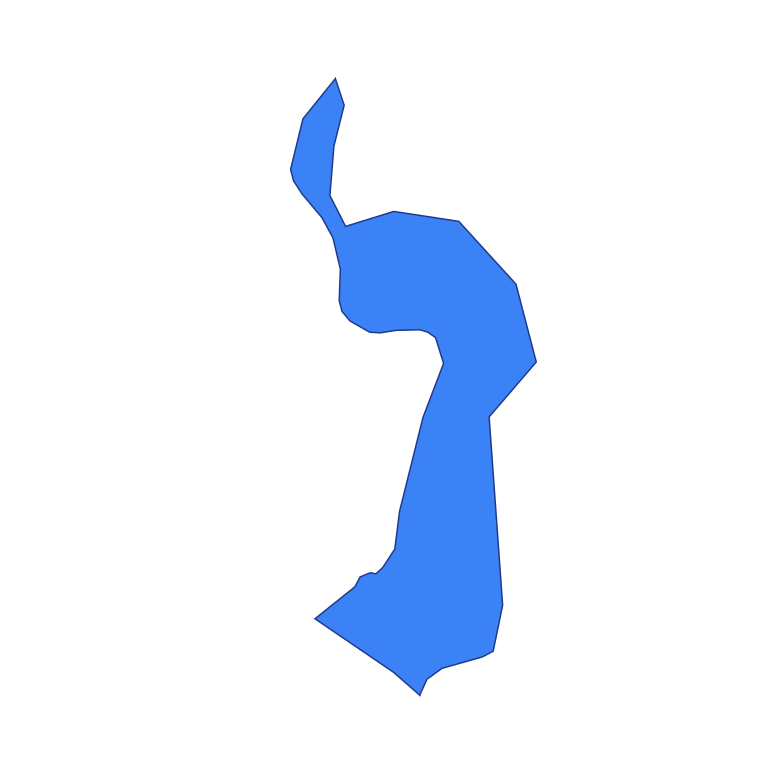 the border of Kostel, rotated 245°
{"feature_id": "SVN-245", "entity_name": "Kostel", "entity_type": "Municipality", "adm_level": 1, "iso_a3": "SVN", "parent_name": "Slovenia", "parent_adm1": "", "projection": "robinson", "projection_center": [14.82, 45.528], "detail": "fine", "context": "isolated", "style": "filled", "palette": "blue", "viewbox_px": 768, "rotation_deg": 245, "n_neighbors": 0, "source": "natural_earth", "source_scale": "10m", "svg_char_len": 754}
<svg xmlns="http://www.w3.org/2000/svg" viewBox="0 0 768 768"><g transform="rotate(245 384 384)"><path d="M681.4,469.0L653.5,465.7L620.7,439.1L577.6,414.6L543.1,415.8L536.3,465.7L499.8,520.5L418.7,545.8L339.6,531.3L309.9,465.7L309.7,465.6L309.5,465.2L309.3,465.2L133.3,398.0L95.7,370.0L95.1,357.9L101.8,316.4L98.3,298.2L87.3,285.4L86.6,285.0L118.7,270.8L200.4,222.2L212.5,271.9L219.3,281.0L218.7,291.9L215.4,296.4L218.1,305.1L229.8,324.0L261.9,344.2L337.2,405.2L377.5,446.7L404.2,450.3L412.5,445.6L418.1,439.2L427.6,417.4L432.0,402.1L437.0,392.9L455.5,379.8L467.5,376.6L478.4,378.6L506.6,393.0L537.9,399.5L560.8,398.1L591.1,390.0L606.4,387.9L617.9,390.0L658.6,422.6L681.1,468.5L681.4,469.0Z" fill="#3b82f6" stroke="#1e3a8a" stroke-width="1.5"/></g></svg>